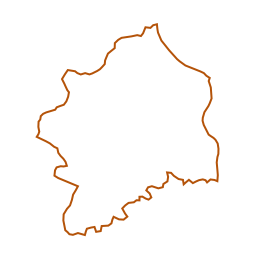 Porecatu, Paraná, Brazil, rotated 77°
{"feature_id": "56859067B39317815374127", "entity_name": "Porecatu", "entity_type": "district", "adm_level": 2, "iso_a3": "BRA", "parent_name": "Brazil", "parent_adm1": "Paraná", "projection": "orthographic", "projection_center": [-51.4, -22.744], "detail": "fine", "context": "isolated", "style": "outline", "palette": "amber", "viewbox_px": 256, "rotation_deg": 77, "n_neighbors": 0, "source": "geoboundaries", "source_scale": "gbopen_adm2", "svg_char_len": 1986}
<svg xmlns="http://www.w3.org/2000/svg" viewBox="0 0 256 256"><g transform="rotate(77 128 128)"><path d="M33.4,76.5L33.5,80.3L35.5,83.6L33.8,88.3L39.1,92.0L41.3,94.7L39.6,98.1L39.5,103.9L38.7,114.0L39.9,117.7L42.3,121.7L47.2,123.0L49.1,127.0L51.0,130.8L54.6,133.4L57.0,135.1L60.5,136.3L62.8,139.6L64.4,142.1L65.5,145.2L66.8,150.6L67.1,153.5L64.9,157.4L65.2,162.0L63.1,165.0L60.8,166.8L58.0,173.6L61.3,177.2L65.5,181.3L70.3,180.1L72.9,179.6L77.5,178.6L79.9,177.5L84.1,179.3L88.2,182.1L90.9,185.3L91.3,189.1L91.8,192.8L93.8,194.8L94.4,204.1L95.1,207.5L96.8,210.3L100.0,211.6L101.7,213.7L106.8,215.1L111.6,215.3L113.9,216.7L116.1,218.9L122.4,211.0L125.4,207.6L129.7,204.2L131.9,201.4L136.5,201.5L140.0,200.0L143.4,197.9L146.9,196.5L151.1,196.1L151.0,199.4L150.1,202.2L150.3,206.4L152.8,208.6L157.9,210.4L161.0,207.3L173.5,189.9L176.8,192.8L180.6,196.5L185.4,198.8L190.4,201.9L193.0,205.6L197.6,210.1L203.6,211.8L213.5,212.1L215.9,210.3L218.3,209.0L219.7,205.7L219.1,200.4L222.6,194.1L219.3,192.3L216.9,190.7L216.7,186.4L216.9,182.9L222.0,182.4L222.3,177.8L217.6,175.7L218.7,169.1L217.2,165.6L213.7,163.8L211.3,162.0L215.0,157.3L216.3,152.9L214.2,148.6L210.7,150.1L205.1,151.7L202.8,148.1L201.1,144.3L201.7,139.0L200.3,136.0L201.1,133.1L197.6,132.3L198.1,129.4L200.7,126.7L202.4,124.1L200.9,120.9L196.7,121.6L192.9,124.2L190.3,121.8L190.1,117.8L193.6,112.0L193.5,107.4L190.5,106.1L188.9,101.6L184.6,99.9L180.1,99.9L181.4,96.1L184.9,94.1L189.1,90.2L190.9,86.1L195.4,86.4L193.9,83.7L192.2,80.3L196.3,77.2L195.4,73.7L194.8,70.5L194.9,66.7L196.3,64.2L198.8,63.2L196.7,59.2L198.1,55.4L199.9,52.9L194.2,51.1L189.4,50.4L181.5,49.3L176.4,47.4L173.6,45.8L168.5,44.5L163.3,44.1L159.2,45.4L156.9,46.9L154.6,49.1L152.6,50.9L142.1,53.5L137.7,53.7L134.8,52.8L129.8,50.0L124.7,44.7L122.3,42.8L118.0,39.9L107.1,38.2L100.4,38.8L97.6,37.1L94.7,39.9L91.6,41.7L89.2,44.7L80.0,58.0L74.6,62.7L71.9,64.7L61.6,70.4L50.3,75.8L41.8,77.3L38.3,77.1L33.4,76.5Z" fill="none" stroke="#b45309" stroke-width="2"/></g></svg>